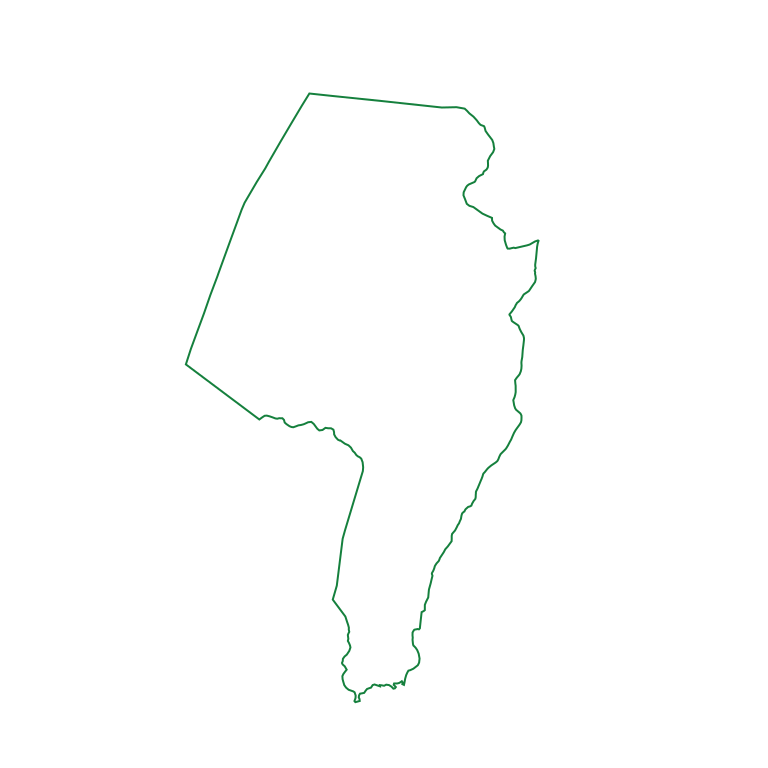 Lafey, North-Eastern, Kenya, rotated 165°
{"feature_id": "3690345B88001194641971", "entity_name": "Lafey", "entity_type": "district", "adm_level": 2, "iso_a3": "KEN", "parent_name": "Kenya", "parent_adm1": "North-Eastern", "projection": "mercator", "projection_center": [41.132, 3.486], "detail": "fine", "context": "isolated", "style": "outline", "palette": "green", "viewbox_px": 768, "rotation_deg": 165, "n_neighbors": 0, "source": "geoboundaries", "source_scale": "gbopen_adm2", "svg_char_len": 5580}
<svg xmlns="http://www.w3.org/2000/svg" viewBox="0 0 768 768"><g transform="rotate(165 384 384)"><path d="M570.3,454.2L513.6,382.0L510.0,383.4L507.5,384.2L505.4,383.8L502.9,382.4L499.8,380.3L497.9,378.9L496.1,378.1L494.2,378.1L491.0,377.2L489.9,375.2L489.9,372.5L488.6,370.5L486.2,367.7L484.5,366.4L482.8,365.7L480.0,365.9L477.4,366.2L474.8,365.9L472.0,365.9L470.0,366.2L467.2,366.7L464.0,366.2L462.2,363.6L460.0,358.0L458.5,355.9L455.3,355.5L451.9,356.8L449.4,355.7L446.6,354.9L444.7,353.0L444.7,350.5L445.2,348.2L444.5,345.2L442.9,342.1L441.3,340.8L440.8,340.8L437.2,336.4L434.2,334.0L432.4,331.1L431.4,327.3L430.1,325.3L429.1,322.5L427.9,320.8L426.5,319.6L425.3,317.8L424.9,314.0L425.7,308.9L427.0,305.3L429.3,301.6L448.0,271.4L459.2,253.3L459.7,252.5L460.1,251.8L464.0,245.2L481.8,201.4L489.3,189.0L481.5,169.4L481.2,163.5L481.0,160.8L481.0,157.8L481.6,155.8L481.7,153.6L482.9,152.3L483.9,150.9L484.4,147.1L485.4,145.2L484.8,142.6L484.5,140.1L484.6,138.2L486.6,135.2L490.0,132.2L492.6,131.0L494.8,129.2L495.6,127.0L496.8,125.4L496.6,124.1L496.4,123.6L495.0,121.5L494.0,117.7L495.8,116.4L498.2,114.5L499.8,112.6L500.4,109.6L500.4,107.2L500.3,103.4L499.2,100.5L497.3,97.8L495.1,96.3L493.2,95.0L492.2,93.8L492.0,90.4L492.8,88.0L494.6,85.4L494.0,84.1L489.5,84.1L489.2,86.1L489.5,87.9L488.6,89.8L487.3,91.1L485.3,90.9L483.1,90.8L481.0,92.6L479.3,93.8L477.0,94.0L475.1,94.1L472.9,96.1L470.9,96.2L466.1,93.0L465.9,94.2L464.3,93.6L462.0,92.5L459.7,93.0L457.1,91.9L455.1,89.7L453.8,87.3L452.3,87.2L451.0,88.2L451.8,89.7L452.5,90.9L451.8,92.1L449.8,91.6L448.5,91.3L446.8,91.3L445.3,91.7L443.7,92.3L443.2,90.9L444.0,89.4L442.6,88.2L441.7,89.9L439.8,93.9L437.9,97.1L436.1,99.3L434.6,100.8L432.7,100.8L429.3,101.4L426.9,102.4L424.1,103.6L422.2,105.8L420.7,109.6L420.3,114.5L420.8,118.4L421.7,121.0L422.7,122.9L423.0,123.3L423.3,123.8L423.3,125.4L422.6,129.7L421.9,131.5L421.5,133.9L420.7,136.6L418.9,138.4L418.2,138.8L414.9,138.6L414.5,138.3L413.6,138.0L413.1,138.4L412.6,138.7L410.1,145.2L406.7,153.9L404.4,154.4L403.8,154.7L403.1,155.0L402.7,156.5L401.7,160.1L399.8,162.7L396.5,166.4L395.5,169.2L393.8,173.8L390.5,179.4L388.1,183.9L386.8,186.2L386.9,188.1L386.8,188.6L386.4,189.2L384.7,190.9L383.3,192.8L382.5,194.1L382.2,194.7L381.7,195.3L379.7,197.1L376.9,198.9L375.7,200.4L375.4,200.9L375.1,201.4L372.5,203.7L369.7,206.2L367.6,208.5L364.4,210.6L361.2,213.2L359.4,214.6L358.6,217.1L357.9,219.8L357.0,221.6L355.1,222.9L353.3,224.1L350.7,226.9L349.3,228.6L347.6,230.0L346.3,231.8L344.6,233.8L343.2,236.9L342.0,238.8L340.6,239.6L340.0,239.9L339.4,240.0L338.1,241.5L337.5,242.0L334.5,243.5L332.7,243.5L331.1,243.9L329.9,245.6L328.0,247.5L327.5,248.0L326.7,248.5L325.8,249.2L325.4,249.5L325.2,250.0L324.7,251.0L324.2,252.7L324.0,253.4L323.7,254.1L323.3,255.5L323.1,256.0L322.7,256.6L320.8,258.7L314.8,266.5L314.3,267.1L313.9,267.7L313.0,268.9L312.5,269.7L312.1,270.4L311.3,271.6L310.8,272.0L309.6,272.7L308.1,273.8L306.5,275.0L304.9,276.0L301.4,277.6L297.0,279.1L296.4,279.3L295.8,279.6L294.5,280.2L293.1,281.6L291.6,283.7L291.1,284.3L290.6,284.9L289.6,286.0L289.0,286.4L286.9,287.6L283.6,289.5L282.9,290.0L282.2,290.6L280.2,292.5L277.4,295.6L275.6,297.4L273.6,300.0L271.1,303.1L268.8,305.4L266.5,307.3L265.0,308.5L263.3,309.9L261.6,311.6L260.7,313.3L259.8,316.2L259.4,318.0L259.7,319.6L259.9,320.3L260.3,320.9L263.0,324.8L263.6,326.5L263.8,329.6L263.3,334.9L262.9,335.5L261.3,337.5L259.9,339.9L258.9,342.1L257.3,348.2L257.0,350.5L256.4,353.8L254.4,355.5L250.6,358.2L248.6,360.8L247.4,363.1L246.4,366.0L245.8,368.9L245.5,369.8L245.2,370.6L243.5,374.2L241.1,381.1L239.4,385.2L237.4,390.3L236.9,392.1L236.8,394.7L237.9,398.4L238.6,401.7L238.7,402.5L238.8,403.4L238.9,405.1L239.2,405.8L239.7,406.5L242.7,409.9L243.7,411.1L244.2,411.9L244.2,413.2L244.2,413.9L244.1,415.3L244.1,415.8L244.2,416.3L244.9,418.3L244.8,418.8L241.7,421.0L238.4,423.8L237.9,424.2L237.4,424.8L236.5,426.0L235.1,427.3L234.8,427.7L234.3,428.0L232.7,428.7L232.1,429.0L231.6,429.3L229.9,430.5L228.2,432.0L227.7,432.6L227.0,433.2L226.1,434.1L225.6,434.4L225.0,434.6L222.3,435.5L220.6,436.1L219.9,436.4L219.3,436.9L215.3,440.4L211.7,443.4L210.7,445.2L210.4,445.8L210.1,446.5L209.7,449.0L209.6,451.1L209.5,451.8L209.2,452.3L209.1,452.9L209.1,453.7L209.2,454.3L208.8,455.1L207.5,456.7L207.5,457.9L207.5,458.4L207.1,460.1L204.6,466.1L201.4,474.7L200.9,476.1L200.7,476.7L199.2,479.9L197.7,482.3L198.1,482.8L201.2,482.6L204.2,481.8L207.2,481.0L210.0,480.9L222.0,481.3L223.4,482.1L225.6,482.2L227.5,482.2L229.5,482.8L229.7,483.3L229.8,483.9L230.1,486.8L230.2,491.6L229.4,495.2L228.3,497.5L228.0,498.1L228.9,499.5L229.5,501.4L231.5,503.1L235.6,508.2L236.6,510.8L237.3,513.8L236.7,516.5L240.9,519.8L244.8,523.1L251.9,531.8L255.4,534.0L257.4,536.6L257.9,541.7L258.4,545.7L257.4,548.6L253.7,552.9L252.3,554.0L250.4,554.8L246.3,555.4L244.3,555.7L243.8,556.0L243.4,556.3L241.3,558.8L238.4,560.2L235.7,560.8L235.0,560.9L234.1,561.1L233.3,562.5L232.9,563.0L232.4,563.5L229.5,564.6L227.8,566.2L227.0,567.9L226.4,570.4L225.9,572.8L224.3,574.6L222.4,576.7L218.6,579.7L216.6,582.5L216.4,585.1L216.0,588.4L216.3,591.7L218.9,598.0L220.4,602.1L220.4,604.6L220.4,606.1L220.6,606.6L220.7,607.2L223.4,609.1L223.8,609.5L224.9,611.5L226.1,614.6L226.7,615.8L228.4,619.1L231.5,623.3L233.1,626.4L234.8,629.1L242.3,632.6L256.6,636.1L312.4,657.7L358.3,675.2L380.9,683.9L391.1,674.3L405.8,660.0L421.1,645.0L437.6,628.5L443.0,622.9L454.6,612.1L471.7,595.2L476.4,589.2L482.3,580.8L483.2,579.5L494.4,563.6L505.6,547.6L515.1,534.0L517.0,531.2L528.7,514.9L539.6,498.8L551.0,482.7L561.5,467.8L570.3,454.2Z" fill="none" stroke="#15803d" stroke-width="2"/></g></svg>